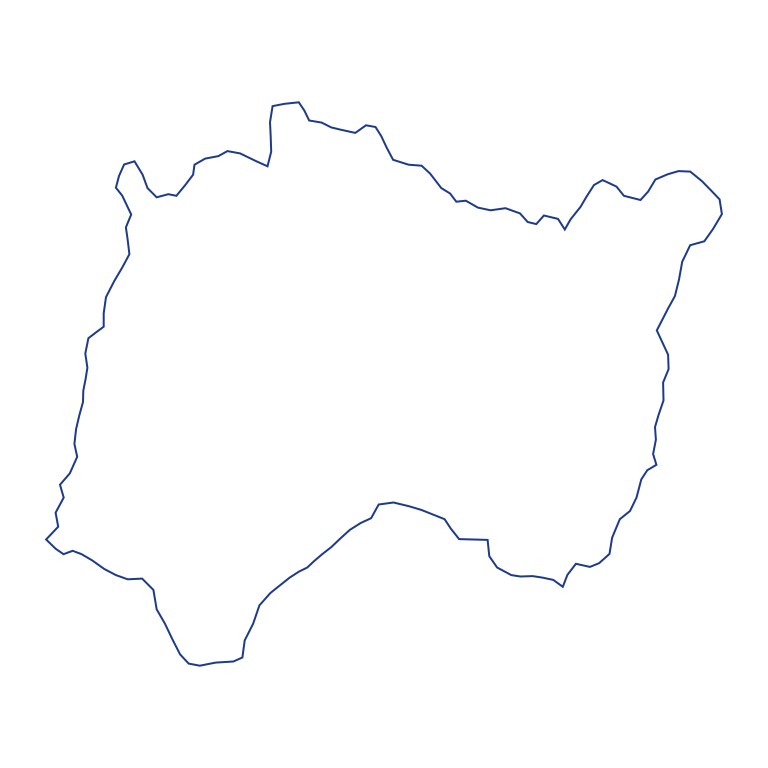 Arco-Íris, São Paulo, Brazil (Natural Earth projection)
{"feature_id": "56859067B7870901954406", "entity_name": "Arco-Íris", "entity_type": "district", "adm_level": 2, "iso_a3": "BRA", "parent_name": "Brazil", "parent_adm1": "São Paulo", "projection": "natural_earth1", "projection_center": [-50.429, -21.77], "detail": "fine", "context": "isolated", "style": "outline", "palette": "blue", "viewbox_px": 768, "rotation_deg": 0, "n_neighbors": 0, "source": "geoboundaries", "source_scale": "gbopen_adm2", "svg_char_len": 2205}
<svg xmlns="http://www.w3.org/2000/svg" viewBox="0 0 768 768"><path d="M719.6,199.4L711.4,190.8L702.0,181.2L690.3,171.6L678.5,171.1L667.6,174.3L655.4,179.5L648.2,191.5L640.5,200.0L623.9,195.8L616.5,186.6L602.6,180.1L594.0,185.0L586.5,196.7L580.5,206.9L570.6,219.3L564.8,229.5L558.0,218.9L543.9,215.5L536.3,224.1L527.7,222.0L520.0,213.4L505.5,208.2L490.6,210.3L477.9,207.6L465.8,200.7L456.3,201.7L450.1,193.5L441.3,188.1L430.2,173.7L421.6,165.7L408.6,164.7L393.1,159.8L386.8,147.9L381.3,136.2L375.5,127.0L366.0,125.3L355.3,132.9L340.7,129.7L331.2,127.4L321.7,122.6L309.2,120.5L304.3,110.5L298.8,102.3L284.7,103.8L272.6,106.1L270.0,122.2L270.7,136.6L271.2,151.7L267.5,166.3L256.4,161.3L240.1,153.4L227.4,151.1L218.4,156.1L205.2,158.6L194.5,164.7L193.1,174.7L185.3,185.0L176.4,195.8L168.3,194.2L156.7,197.3L147.5,188.1L142.6,174.7L134.5,161.3L124.1,164.5L119.0,176.0L115.9,187.7L122.2,195.6L131.2,214.5L125.9,227.4L127.6,239.2L129.4,254.2L122.2,267.6L114.5,280.6L106.0,297.1L103.7,313.3L103.7,326.7L95.6,332.7L88.4,338.2L85.3,353.6L87.4,367.7L85.6,379.0L83.3,390.7L83.0,402.0L79.3,415.4L76.1,429.0L74.4,443.9L77.2,456.8L69.8,473.4L60.0,484.7L63.7,497.6L55.6,512.7L58.2,526.7L46.1,539.5L55.6,548.7L63.5,554.2L72.6,550.8L81.6,554.2L92.2,560.4L104.3,569.0L115.9,575.1L127.7,579.3L142.1,578.6L153.4,589.9L156.7,609.4L164.8,623.4L172.4,639.3L180.1,654.4L188.7,663.6L199.8,665.7L215.6,662.6L233.4,661.5L242.4,657.5L244.7,640.4L253.1,623.8L259.4,605.4L270.3,593.1L278.1,586.8L289.7,577.6L298.8,571.7L307.3,567.5L314.1,561.1L322.2,554.2L331.4,547.0L340.3,538.5L349.8,529.9L360.7,523.0L371.1,518.2L378.7,504.5L393.5,502.5L408.9,506.2L421.6,510.0L444.6,519.2L450.8,528.6L459.1,539.1L487.6,539.9L489.3,556.2L497.1,567.5L511.3,575.1L520.5,576.5L532.6,576.1L542.4,577.6L553.3,579.9L562.8,586.8L567.4,574.9L575.9,563.8L589.9,566.9L599.1,563.2L609.5,553.9L612.1,537.8L619.8,519.2L630.0,511.0L636.5,497.6L641.3,479.4L647.3,470.2L656.4,464.8L653.1,454.1L655.9,439.7L655.0,427.1L658.6,414.8L663.5,400.5L663.1,382.5L668.6,369.1L668.1,354.7L656.8,330.4L663.7,317.0L668.1,308.4L674.9,296.1L679.0,279.6L682.2,261.8L690.2,245.2L704.3,241.3L713.1,228.9L721.9,214.1L719.6,199.4Z" fill="none" stroke="#1e3a8a" stroke-width="2"/></svg>